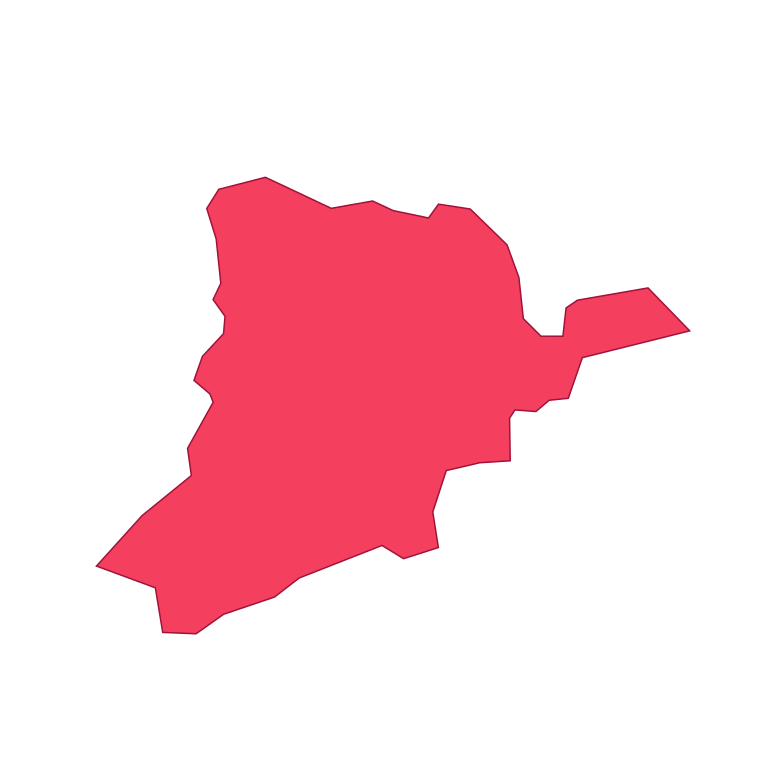 Keita, Tahoua, Niger (Natural Earth projection), rotated 352°
{"feature_id": "23599985B44584919101761", "entity_name": "Keita", "entity_type": "district", "adm_level": 2, "iso_a3": "NER", "parent_name": "Niger", "parent_adm1": "Tahoua", "projection": "natural_earth1", "projection_center": [5.89, 14.779], "detail": "fine", "context": "isolated", "style": "filled", "palette": "rose", "viewbox_px": 768, "rotation_deg": 352, "n_neighbors": 0, "source": "geoboundaries", "source_scale": "gbopen_adm2", "svg_char_len": 782}
<svg xmlns="http://www.w3.org/2000/svg" viewBox="0 0 768 768"><g transform="rotate(352 384 384)"><path d="M246.0,579.7L273.0,564.3L359.5,543.6L379.1,559.7L415.1,553.5L414.5,517.5L433.6,478.4L467.6,475.3L498.3,477.6L503.6,435.3L510.1,427.9L530.6,432.4L545.3,423.1L564.5,423.8L584.1,385.5L694.1,373.9L658.8,325.6L587.3,327.9L574.9,334.0L567.8,361.6L546.1,358.5L531.1,338.7L532.4,297.2L525.2,263.3L493.7,222.7L463.0,213.5L451.2,225.8L417.1,213.5L398.2,201.2L356.2,202.7L295.3,162.8L247.5,168.2L232.9,185.5L238.0,217.0L236.4,261.6L226.5,276.6L236.0,294.9L232.1,311.8L208.0,331.4L196.3,354.0L210.2,369.6L212.3,378.3L180.5,420.4L180.5,447.8L126.2,480.6L73.9,524.3L129.2,554.0L130.3,599.2L163.1,605.2L193.1,589.7L246.0,579.7Z" fill="#f43f5e" stroke="#9f1239" stroke-width="1.5"/></g></svg>